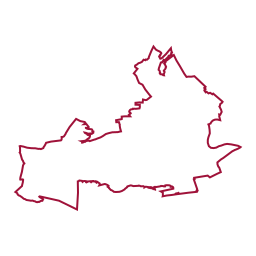 Podari, Dolj, Romania
{"feature_id": "2599482B53332966976241", "entity_name": "Podari", "entity_type": "district", "adm_level": 2, "iso_a3": "ROU", "parent_name": "Romania", "parent_adm1": "Dolj", "projection": "natural_earth1", "projection_center": [23.733, 44.25], "detail": "fine", "context": "isolated", "style": "outline", "palette": "rose", "viewbox_px": 256, "rotation_deg": 0, "n_neighbors": 0, "source": "geoboundaries", "source_scale": "gbopen_adm2", "svg_char_len": 5765}
<svg xmlns="http://www.w3.org/2000/svg" viewBox="0 0 256 256"><path d="M77.0,209.5L78.0,192.7L77.8,181.4L78.7,181.2L79.3,180.5L82.2,180.9L82.5,181.1L82.4,181.7L82.6,181.9L83.2,181.1L84.8,181.0L86.6,181.3L86.2,182.3L86.4,182.4L88.4,181.4L90.9,181.2L91.0,181.5L90.9,182.0L91.1,182.2L92.2,181.2L92.8,181.0L93.1,181.0L93.2,181.4L93.4,181.4L94.9,181.3L95.0,181.6L95.3,181.6L95.8,181.3L96.1,181.4L95.7,181.7L95.7,181.8L96.5,182.7L97.5,182.0L99.7,183.5L99.7,183.8L99.6,184.8L99.3,185.4L104.3,184.1L104.8,184.0L105.6,184.2L107.5,185.0L108.6,185.9L108.4,186.5L107.8,186.9L109.0,187.8L109.0,188.1L109.8,188.9L110.8,190.0L111.6,190.2L113.2,191.2L113.8,191.8L115.9,192.0L119.5,191.8L121.9,191.0L124.6,189.4L125.1,188.7L126.9,187.4L127.2,187.1L127.2,186.6L127.4,186.4L130.6,185.4L131.5,185.5L133.3,186.1L138.6,185.8L138.8,185.6L139.4,185.7L140.1,185.9L140.5,186.2L141.2,186.3L143.4,186.2L144.4,186.8L144.4,187.4L145.2,186.9L145.8,186.7L149.7,187.3L150.1,187.1L151.2,187.2L151.3,187.3L150.0,188.0L151.0,188.2L151.4,188.0L151.8,188.0L152.2,188.4L152.5,188.3L153.0,188.8L153.2,188.5L154.3,189.2L155.1,189.5L155.1,189.3L154.7,189.0L154.0,187.9L153.5,187.4L155.0,186.8L155.6,187.1L160.0,186.4L161.1,185.9L161.7,186.1L163.0,186.0L163.8,186.4L165.1,186.4L165.2,186.2L165.1,185.7L165.2,185.4L166.7,185.2L169.2,185.3L170.1,185.6L170.6,185.8L170.8,186.2L171.0,186.3L171.1,186.6L170.7,186.7L170.7,186.8L172.2,186.6L172.4,187.1L173.0,187.1L173.3,187.7L173.3,188.7L160.8,191.4L162.8,192.6L162.9,195.5L162.7,196.3L166.8,195.5L171.5,195.0L176.2,194.3L175.7,193.7L176.1,193.4L177.4,193.3L178.4,192.9L178.6,193.4L178.9,193.4L179.0,193.5L178.4,193.6L178.5,194.0L188.5,192.7L197.0,191.8L197.6,190.5L197.5,190.4L196.7,190.3L197.2,189.2L193.8,179.3L194.5,179.0L194.1,178.5L194.1,177.8L207.7,175.6L209.9,177.4L217.1,173.8L220.8,172.1L219.4,168.1L219.1,167.4L218.3,166.6L217.5,164.4L217.4,162.4L221.0,159.4L223.1,158.1L232.4,151.2L233.9,150.5L234.6,150.0L235.1,149.9L238.0,148.7L240.3,147.4L240.6,147.1L238.1,145.8L231.3,144.4L227.1,143.9L224.4,144.4L221.2,145.6L218.9,146.2L216.3,147.6L213.6,148.1L210.9,147.8L208.9,146.2L207.8,142.9L207.8,139.9L208.4,137.3L209.8,133.4L209.6,129.9L209.0,125.7L208.4,124.4L210.6,123.5L210.9,122.7L211.9,121.4L213.2,120.3L215.1,119.6L217.2,119.5L220.2,120.2L219.2,116.2L219.4,115.4L219.2,114.5L220.3,114.7L220.8,113.6L221.7,111.9L221.0,109.6L219.4,106.5L219.9,105.9L220.2,104.1L221.9,102.8L222.6,101.8L221.6,100.8L213.2,93.6L212.4,94.3L210.1,92.8L208.5,93.4L206.6,91.8L205.7,92.3L205.4,91.7L204.9,91.4L204.4,90.5L205.3,89.6L204.8,89.2L205.2,88.7L204.5,88.1L204.8,87.9L204.5,87.7L205.5,86.7L194.4,76.2L191.2,76.7L188.5,76.6L186.5,76.9L184.2,73.6L180.0,66.3L176.4,60.4L173.8,55.0L164.8,61.9L165.3,62.5L164.3,63.2L164.6,63.7L164.4,63.8L165.5,65.5L166.1,66.9L166.0,67.1L165.7,67.1L165.6,68.4L165.2,69.0L163.8,70.7L163.8,70.9L164.5,71.7L164.6,72.0L163.8,74.1L163.8,74.6L164.0,75.3L163.2,75.2L162.2,74.3L161.8,74.4L160.4,74.2L160.2,73.0L159.8,73.0L159.8,71.3L159.6,70.8L158.6,69.8L158.9,68.2L160.8,62.7L161.2,62.3L162.1,62.4L163.7,59.8L164.6,60.4L168.6,56.5L168.5,56.4L168.5,56.1L169.8,55.0L169.7,54.9L171.3,55.9L171.9,55.0L171.3,54.2L171.5,54.1L171.5,53.9L171.2,53.1L172.0,52.5L171.6,51.5L171.2,50.4L170.9,48.2L166.0,54.1L161.6,58.3L160.3,58.7L159.1,56.5L159.2,56.2L160.1,55.7L160.3,55.4L160.1,54.8L161.3,53.5L161.3,53.3L161.1,52.7L159.6,51.5L157.4,50.5L155.9,49.6L153.5,46.5L151.5,50.6L148.9,56.9L148.7,58.2L148.5,58.3L147.0,59.7L145.8,59.5L145.4,60.2L143.6,59.7L141.9,61.9L140.0,62.8L138.5,63.2L136.9,64.6L135.2,65.5L135.0,66.6L135.4,67.3L137.5,68.8L133.8,73.4L134.7,74.2L136.4,76.2L137.6,79.6L139.1,83.0L142.5,84.7L145.3,89.5L149.2,94.5L151.0,96.6L146.9,99.8L146.4,100.0L145.5,100.1L143.0,99.5L142.7,102.6L139.4,102.4L135.5,102.8L135.5,104.7L139.0,104.9L139.8,104.8L139.8,106.3L139.9,106.9L139.5,108.4L136.0,108.8L133.0,108.7L132.9,109.1L130.9,109.4L130.0,110.0L129.2,111.3L129.5,112.3L130.3,112.7L130.5,112.9L130.7,113.4L128.9,114.8L130.1,116.3L125.1,116.3L121.7,116.6L121.8,119.0L121.3,119.2L116.1,120.2L116.3,122.2L118.8,122.1L119.1,122.2L119.2,123.2L119.8,124.6L119.7,125.6L120.1,128.1L121.0,131.4L119.8,131.6L117.8,132.1L112.3,132.3L108.9,133.1L105.9,134.0L102.8,136.1L100.5,137.4L97.4,138.5L95.3,139.4L94.6,139.5L89.8,141.1L89.4,140.7L86.9,140.8L85.7,141.3L85.2,141.8L83.6,142.0L82.8,142.6L82.1,142.6L82.2,141.9L82.1,141.5L81.4,141.2L84.9,140.8L86.9,139.8L87.1,139.3L89.4,137.8L89.9,136.6L90.0,135.6L89.5,135.7L89.1,135.2L88.6,135.0L87.6,134.9L87.5,134.6L87.6,134.4L84.8,132.8L84.7,132.6L86.1,132.9L87.9,133.6L89.6,133.7L90.1,133.4L91.7,133.9L93.3,132.8L93.4,131.6L92.3,131.5L92.5,130.5L92.0,129.5L91.7,129.3L89.1,129.0L88.2,129.0L86.6,128.5L85.9,128.0L85.9,127.9L87.4,127.9L88.6,127.4L88.7,127.0L86.4,124.1L84.1,124.2L85.4,123.2L85.4,122.7L84.7,122.0L80.3,121.1L76.1,118.9L69.6,127.0L65.8,133.2L65.6,133.9L64.0,136.3L62.9,136.9L61.6,137.0L61.7,139.0L61.4,139.9L60.9,140.4L51.0,141.6L46.1,142.8L45.2,144.8L44.8,145.3L44.3,146.3L43.8,146.8L43.3,148.1L40.9,149.1L39.9,148.8L38.4,148.9L35.4,148.3L31.4,148.2L27.1,147.7L23.5,146.6L20.3,146.0L19.7,146.2L20.0,147.5L20.1,151.1L20.0,152.2L19.7,152.6L19.9,152.8L20.4,153.8L22.1,159.7L22.8,160.5L23.1,161.1L23.2,161.7L23.9,162.9L24.4,163.4L24.3,163.6L23.7,163.9L23.0,165.6L21.9,171.9L20.4,177.4L20.2,179.3L20.3,179.6L20.7,179.6L22.8,179.4L23.1,179.7L23.1,180.1L22.8,182.4L22.1,185.2L22.0,186.0L15.4,192.0L17.0,193.0L17.4,193.4L17.6,194.4L18.1,194.9L18.9,195.5L19.7,195.7L21.9,197.2L23.8,198.8L25.0,199.1L26.5,200.0L29.2,200.4L30.8,200.7L32.7,200.6L33.8,201.1L35.0,201.3L36.2,202.0L36.6,202.1L37.7,202.1L38.2,201.8L39.0,202.0L39.7,201.7L40.4,201.1L40.9,200.9L42.2,200.8L42.2,200.5L43.1,199.6L42.8,198.9L39.8,197.2L39.3,196.7L39.6,196.4L40.3,196.5L59.0,200.7L77.0,209.5Z" fill="none" stroke="#9f1239" stroke-width="2"/></svg>